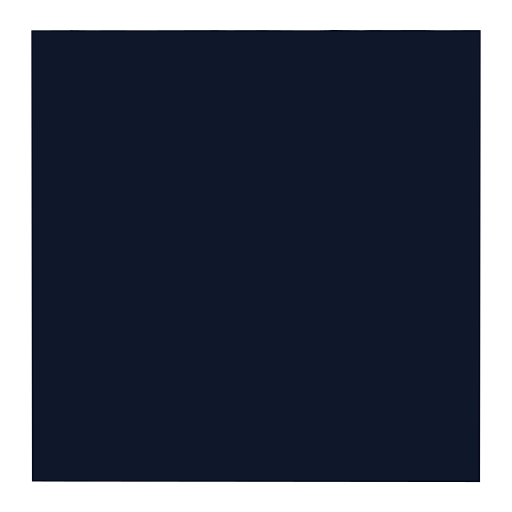 the district of Smith, Kansas, United States of America
{"feature_id": "52423323B97922729211472", "entity_name": "Smith", "entity_type": "district", "adm_level": 2, "iso_a3": "USA", "parent_name": "United States of America", "parent_adm1": "Kansas", "projection": "mercator", "projection_center": [-98.778, 39.785], "detail": "fine", "context": "isolated", "style": "filled", "palette": "ink", "viewbox_px": 512, "rotation_deg": 0, "n_neighbors": 0, "source": "geoboundaries", "source_scale": "gbopen_adm2", "svg_char_len": 491}
<svg xmlns="http://www.w3.org/2000/svg" viewBox="0 0 512 512"><path d="M32.1,31.1L32.7,480.7L50.1,480.8L479.3,481.3L479.9,30.9L465.1,30.9L449.1,31.0L435.2,31.0L423.6,30.8L409.2,30.8L392.9,30.9L371.4,30.8L362.1,31.0L361.0,31.0L348.4,30.9L345.9,30.9L332.0,30.7L331.1,30.8L329.7,30.9L316.0,31.1L303.3,31.1L264.6,30.9L262.8,30.9L228.3,31.0L217.2,30.9L137.3,31.1L116.6,31.0L108.0,31.0L107.5,31.0L91.7,31.1L70.6,30.9L69.3,31.0L32.1,31.1Z" fill="#0f172a" stroke="#020617" stroke-width="1.5"/></svg>